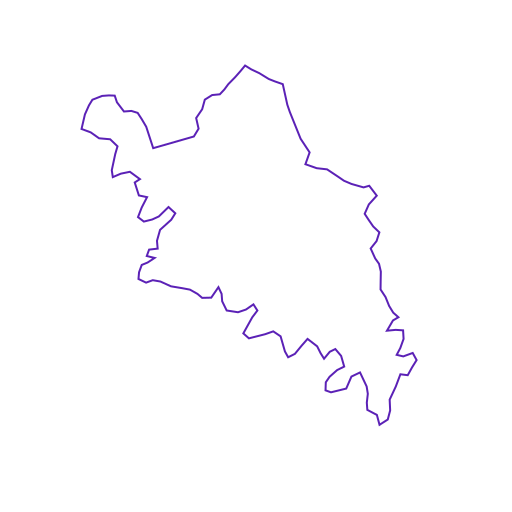 outline of Nova América da Colina, Paraná, Brazil, rotated 164°
{"feature_id": "56859067B8703286216332", "entity_name": "Nova América da Colina", "entity_type": "district", "adm_level": 2, "iso_a3": "BRA", "parent_name": "Brazil", "parent_adm1": "Paraná", "projection": "natural_earth1", "projection_center": [-50.702, -23.335], "detail": "fine", "context": "isolated", "style": "outline", "palette": "violet", "viewbox_px": 512, "rotation_deg": 164, "n_neighbors": 0, "source": "geoboundaries", "source_scale": "gbopen_adm2", "svg_char_len": 2052}
<svg xmlns="http://www.w3.org/2000/svg" viewBox="0 0 512 512"><g transform="rotate(164 256 256)"><path d="M123.3,280.7L127.8,292.3L133.7,292.3L144.3,298.9L150.7,304.1L154.9,309.2L163.8,319.7L173.5,323.7L183.2,330.6L175.9,340.8L180.8,356.4L183.8,385.2L184.2,392.8L182.9,413.8L189.7,418.6L194.9,422.6L202.5,430.9L209.1,436.7L214.0,442.1L220.1,437.9L227.0,433.5L235.3,428.8L240.5,424.8L246.2,421.4L253.8,422.8L262.1,420.4L267.3,411.9L275.5,405.1L276.1,394.2L282.8,388.0L325.1,388.0L325.9,410.5L328.1,419.0L330.3,426.2L335.8,429.8L343.1,431.3L347.3,442.1L347.6,449.1L353.1,450.9L359.8,452.3L370.2,451.3L375.0,446.9L381.4,439.3L388.7,426.2L380.8,420.4L374.4,412.4L364.0,408.4L358.9,399.6L363.2,392.8L371.0,378.2L371.9,371.3L363.2,372.4L354.0,371.7L346.4,361.9L352.3,360.1L351.9,346.5L344.5,342.6L352.5,334.1L358.7,325.9L354.3,320.0L345.7,319.7L338.5,320.8L326.6,327.2L321.8,319.3L327.5,314.2L341.0,307.6L347.0,297.9L348.5,290.2L357.0,291.6L361.0,286.1L354.0,282.1L362.0,279.6L368.3,278.9L372.9,272.6L375.3,266.3L369.0,260.7L361.9,261.2L354.9,257.8L346.1,250.3L335.8,245.4L328.8,241.9L322.7,235.7L319.3,230.6L310.5,228.3L300.7,236.4L299.5,229.1L301.0,221.8L299.2,211.7L288.8,206.9L280.4,207.3L271.8,210.2L269.7,203.2L276.5,198.1L289.5,185.1L285.5,178.8L268.8,178.3L260.2,178.8L254.5,172.0L254.5,156.3L253.0,149.8L245.6,151.2L236.9,157.2L229.3,162.1L222.1,152.3L220.7,144.8L218.9,138.5L211.5,143.6L205.4,144.7L201.7,136.5L201.7,125.4L209.4,124.0L218.6,119.6L223.7,115.4L226.2,107.7L221.5,104.3L205.8,103.7L197.5,113.8L188.1,115.4L185.6,100.1L186.5,92.7L189.9,84.5L191.4,77.4L183.6,69.9L183.8,59.7L174.4,62.5L169.6,70.6L167.1,81.1L157.6,92.0L149.8,102.5L143.0,99.6L136.7,105.9L130.3,111.7L132.1,119.6L142.1,118.9L148.0,122.2L142.7,127.7L137.0,135.6L135.1,144.0L142.1,146.5L150.7,148.1L142.1,156.3L136.0,157.9L139.7,163.7L141.8,171.3L142.8,180.8L145.5,189.5L143.0,197.8L140.3,206.6L139.9,214.6L142.1,220.8L143.7,231.6L136.0,237.1L130.9,244.7L135.2,252.1L137.8,259.8L139.9,266.6L133.3,274.5L123.3,280.7Z" fill="none" stroke="#5b21b6" stroke-width="2"/></g></svg>